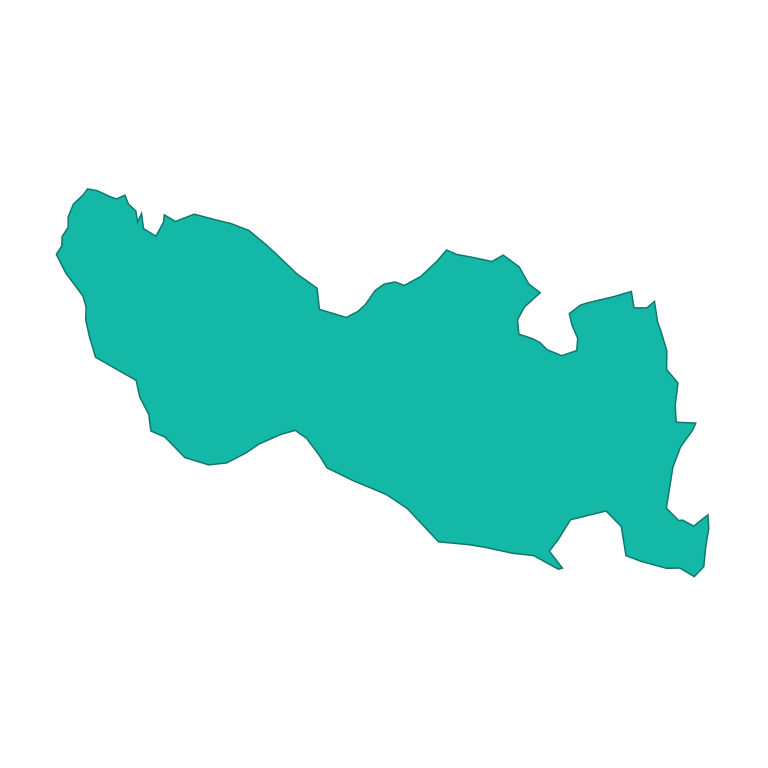 Evretou, Paphos, Cyprus, rotated 350°
{"feature_id": "46923920B63021267781506", "entity_name": "Evretou", "entity_type": "district", "adm_level": 2, "iso_a3": "CYP", "parent_name": "Cyprus", "parent_adm1": "Paphos", "projection": "robinson", "projection_center": [32.482, 34.962], "detail": "fine", "context": "isolated", "style": "filled", "palette": "teal", "viewbox_px": 768, "rotation_deg": 350, "n_neighbors": 0, "source": "geoboundaries", "source_scale": "gbopen_adm2", "svg_char_len": 1702}
<svg xmlns="http://www.w3.org/2000/svg" viewBox="0 0 768 768"><g transform="rotate(350 384 384)"><path d="M83.8,199.5L89.9,219.5L102.7,244.9L104.0,256.3L101.4,268.9L102.1,286.1L104.6,307.6L121.3,321.5L140.5,337.4L141.2,354.5L147.0,372.9L146.3,389.8L159.1,398.3L175.1,421.9L197.3,433.2L215.3,434.4L235.9,428.0L250.2,421.5L273.2,415.8L288.4,414.2L298.2,423.9L307.7,442.6L313.4,456.8L336.8,473.8L367.2,493.3L385.3,510.7L410.3,548.9L433.3,555.2L441.1,557.4L454.6,562.2L481.7,573.2L501.4,578.9L523.6,596.7L527.7,596.3L517.8,577.3L528.1,567.9L544.1,550.1L580.6,547.6L592.9,565.5L592.5,595.1L606.9,603.6L630.3,614.6L643.4,616.6L656.1,627.6L667.2,619.5L672.5,600.4L678.7,582.9L680.3,569.1L664.3,577.7L654.5,570.0L650.4,569.5L640.5,555.3L654.1,516.0L665.2,497.3L679.9,483.1L684.2,476.6L665.2,472.4L667.0,455.7L673.7,434.1L664.8,418.8L668.3,400.3L665.9,380.3L664.2,370.4L664.7,349.6L656.2,354.7L643.4,352.4L643.7,335.8L626.0,337.8L598.1,339.5L591.6,340.3L578.7,346.8L579.3,358.3L582.7,372.7L579.6,384.5L563.9,387.0L550.6,378.6L544.6,370.1L538.0,365.1L525.5,358.3L526.6,344.0L535.5,332.7L553.7,321.2L544.0,310.8L537.5,292.2L523.8,277.8L511.5,282.1L493.3,274.7L478.2,269.1L468.8,262.9L457.5,272.3L438.8,284.5L421.2,290.4L412.5,285.4L401.5,285.7L391.5,290.4L379.5,302.5L370.9,308.0L358.4,311.9L333.4,299.3L334.7,278.0L317.4,260.5L301.1,238.2L292.4,226.8L277.6,209.3L261.1,199.4L245.8,192.7L226.6,183.8L206.8,187.7L197.0,179.3L195.0,186.3L185.0,198.9L174.2,189.2L174.8,174.0L169.4,181.8L169.7,170.7L163.6,162.6L161.7,153.1L152.7,155.3L147.0,152.1L134.9,143.7L125.9,140.4L121.3,145.0L109.2,153.1L101.9,164.8L100.2,174.8L92.6,182.9L90.7,192.0L83.8,199.5Z" fill="#14b8a6" stroke="#0f766e" stroke-width="1.5"/></g></svg>